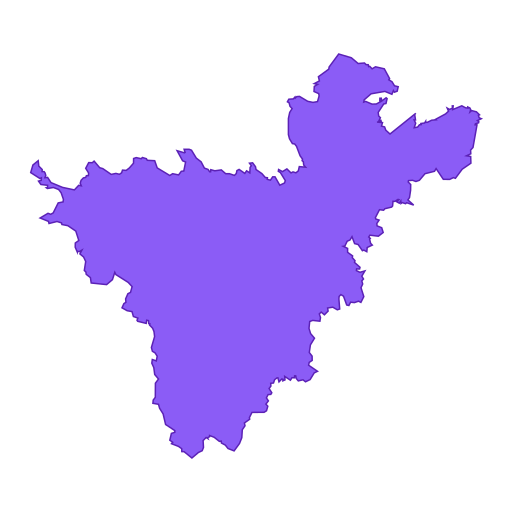 Ayutla, Jalisco, Mexico (Mercator projection)
{"feature_id": "50627088B89309847194921", "entity_name": "Ayutla", "entity_type": "district", "adm_level": 2, "iso_a3": "MEX", "parent_name": "Mexico", "parent_adm1": "Jalisco", "projection": "mercator", "projection_center": [-104.414, 20.041], "detail": "fine", "context": "isolated", "style": "filled", "palette": "violet", "viewbox_px": 512, "rotation_deg": 0, "n_neighbors": 0, "source": "geoboundaries", "source_scale": "gbopen_adm2", "svg_char_len": 6019}
<svg xmlns="http://www.w3.org/2000/svg" viewBox="0 0 512 512"><path d="M329.1,67.0L328.8,69.1L318.4,76.7L319.4,80.9L314.3,83.6L317.6,84.4L314.3,86.4L314.0,91.5L318.7,93.6L319.1,95.9L317.5,101.6L313.0,102.4L307.7,101.3L299.5,96.4L296.8,96.6L295.3,98.0L295.0,97.0L293.3,98.9L288.8,99.2L287.4,101.8L289.1,102.8L290.0,106.3L292.1,108.6L289.7,112.4L288.4,118.5L288.4,134.6L289.5,138.8L292.4,143.6L294.7,144.0L296.5,146.3L300.1,155.8L302.5,159.1L302.1,160.7L303.3,161.6L303.7,165.0L305.6,167.2L299.3,166.6L298.3,170.9L295.9,172.8L293.0,171.9L291.0,172.9L286.9,168.9L282.5,171.6L278.6,169.5L278.3,171.3L280.4,172.6L285.3,180.6L284.5,183.0L279.8,185.2L275.0,176.8L272.7,176.8L270.4,180.2L267.2,179.3L267.4,177.7L265.3,177.5L261.9,173.6L256.0,169.5L255.5,166.7L252.6,162.8L249.5,163.2L251.3,165.7L250.1,167.4L249.8,172.9L246.6,170.8L244.8,173.4L239.1,169.4L236.9,170.6L236.3,173.5L234.4,175.4L229.5,173.7L225.7,173.7L221.3,169.9L214.8,170.8L210.8,169.7L210.6,171.8L209.7,171.8L208.0,169.4L204.4,168.1L201.1,161.8L196.3,158.1L191.5,150.2L189.2,149.3L184.1,149.3L185.1,152.4L184.4,152.8L177.1,150.7L182.6,160.8L185.6,162.0L183.8,171.0L181.3,171.3L178.6,174.9L172.6,173.7L169.8,175.5L157.2,167.9L154.7,160.7L147.3,160.3L146.4,158.7L142.4,157.5L141.2,158.7L136.2,157.6L133.6,158.5L133.5,163.2L129.4,167.9L126.2,170.4L122.5,170.1L121.6,172.8L119.4,174.3L115.9,173.4L111.2,174.4L102.8,168.6L99.7,167.7L94.1,161.1L92.3,162.7L88.7,162.6L85.7,168.3L88.6,173.0L88.4,175.6L86.4,175.7L85.7,177.4L83.4,177.9L81.1,180.3L80.2,183.2L81.3,185.8L78.7,185.3L74.4,189.9L62.6,187.4L51.0,182.6L47.6,177.4L44.9,177.7L45.8,175.4L45.1,173.0L44.1,171.6L42.1,171.6L42.2,169.5L38.8,166.1L38.2,160.7L32.9,165.0L30.7,172.6L39.9,178.5L41.4,177.8L41.2,180.4L38.5,181.1L40.9,184.5L47.6,185.3L47.5,187.6L46.4,187.8L47.4,188.5L53.4,187.5L58.6,189.5L61.1,192.7L63.4,199.3L63.1,201.9L58.2,202.9L53.2,212.9L50.7,214.3L48.0,213.3L40.1,218.0L48.5,221.4L49.0,223.5L57.0,221.5L61.5,222.9L61.9,224.5L67.9,225.7L75.8,231.1L78.8,240.5L75.3,243.0L75.2,247.2L77.3,252.1L77.4,251.2L79.1,251.7L81.9,250.1L79.9,253.9L83.6,257.0L85.7,261.5L84.3,270.5L85.9,272.0L86.2,274.3L90.4,277.6L91.2,283.0L106.6,284.6L112.4,279.7L114.8,272.3L115.9,274.6L128.2,282.4L132.1,286.6L130.5,292.4L127.9,293.7L125.6,298.9L125.9,302.3L123.9,303.6L122.0,307.8L127.1,310.7L132.0,311.6L133.4,316.5L137.9,318.1L137.0,320.3L137.7,321.3L146.2,323.4L146.7,320.2L148.5,320.6L148.7,323.6L149.9,323.9L149.6,325.1L152.6,328.2L154.0,331.6L154.6,336.6L151.4,347.5L152.4,351.3L155.0,352.8L157.2,356.2L156.3,360.9L152.3,359.5L151.8,363.2L153.8,367.6L154.7,374.5L158.5,379.0L155.4,383.2L155.3,397.3L153.2,400.1L152.9,403.3L158.5,404.3L159.6,408.3L163.1,413.9L165.6,424.5L174.8,430.6L174.8,432.3L171.4,433.4L169.8,440.2L172.7,442.3L171.5,443.7L178.5,446.4L181.7,448.7L181.8,451.6L184.1,451.7L191.9,458.0L198.4,452.5L202.2,450.7L203.5,447.4L203.1,440.6L206.1,437.5L207.9,438.6L207.5,437.7L209.6,436.7L209.6,435.5L214.2,437.3L219.4,441.4L221.2,441.1L221.4,443.0L225.3,445.1L228.0,448.5L234.1,450.9L239.5,443.5L241.8,437.7L242.3,429.7L245.0,425.8L244.4,423.0L249.7,419.2L249.4,417.6L252.0,412.4L264.1,412.3L266.5,410.8L267.8,406.2L265.9,404.1L268.4,400.9L266.4,397.9L268.1,394.6L270.8,394.4L271.8,392.8L269.1,388.5L270.9,386.1L270.7,383.3L273.5,383.0L274.6,379.7L276.8,378.0L277.9,377.8L279.0,381.9L281.8,379.0L283.0,379.3L282.9,380.8L285.0,379.9L284.7,376.4L290.4,380.2L292.0,377.7L294.4,377.8L294.6,375.8L295.7,375.8L296.2,378.4L298.3,380.9L303.0,379.8L305.5,381.8L310.1,379.6L314.2,372.9L317.5,371.3L308.6,365.2L309.2,362.4L312.2,360.4L312.1,356.1L309.3,352.5L310.4,344.9L314.5,338.2L310.6,333.6L309.0,328.4L309.7,321.5L312.7,320.4L319.9,321.2L320.5,317.6L319.3,313.9L321.2,312.1L324.4,314.8L328.1,311.1L327.6,308.0L332.8,307.2L337.3,309.8L339.7,309.0L338.9,298.9L339.1,296.4L340.9,294.6L343.5,296.2L346.7,305.0L348.9,305.5L350.6,302.2L354.4,302.6L358.5,301.2L360.9,302.4L363.8,296.6L361.0,287.7L362.7,284.0L361.8,280.9L363.5,279.0L361.8,276.2L364.9,270.9L359.9,272.3L356.4,270.6L356.6,268.9L359.6,269.0L360.0,267.3L354.5,262.4L355.0,260.7L352.3,257.7L352.6,255.9L347.6,252.3L347.6,248.4L343.3,246.3L344.9,246.0L347.2,241.2L350.0,240.0L352.0,236.7L354.6,243.6L358.1,244.5L362.4,250.7L363.8,250.1L366.8,251.7L367.2,247.5L372.3,245.1L370.6,243.3L369.6,239.1L370.3,238.4L368.7,237.0L369.9,235.2L378.4,236.2L383.2,232.5L381.7,227.7L377.1,225.9L376.8,223.5L379.1,220.1L375.8,219.0L375.4,217.6L379.5,209.7L383.6,210.2L384.9,208.7L391.6,207.1L392.6,206.0L393.0,201.3L394.8,201.4L398.0,199.4L398.9,199.6L396.8,201.8L399.3,203.2L400.8,201.0L401.0,203.5L402.2,202.6L405.6,203.7L406.6,202.7L413.7,205.1L407.9,199.9L409.5,197.6L410.6,190.2L410.7,184.5L408.2,182.0L408.5,180.6L412.6,180.3L415.9,181.5L419.4,180.3L425.0,173.7L434.5,171.3L436.1,168.6L443.3,179.3L449.7,179.4L453.4,177.6L455.4,178.3L462.2,169.2L470.9,163.2L470.7,156.5L466.5,155.8L470.8,153.8L470.6,150.1L473.0,147.5L477.0,124.9L475.1,124.8L475.4,123.8L478.6,122.8L478.8,121.6L477.4,120.6L481.3,118.7L479.1,117.7L478.4,115.3L479.5,114.8L476.4,111.8L471.7,110.6L470.0,112.0L470.7,109.7L469.9,108.0L467.8,107.0L467.9,108.1L465.6,107.8L461.8,105.8L452.7,109.6L453.2,105.9L452.3,105.9L452.4,108.2L449.5,109.4L447.2,108.1L448.5,111.2L445.6,113.9L435.6,119.3L436.1,119.8L431.7,120.2L427.4,122.3L425.6,122.3L425.6,121.4L424.6,123.0L420.9,123.5L421.2,124.6L419.4,124.8L417.6,127.1L414.2,127.7L415.7,123.2L414.1,119.9L415.5,119.9L414.7,114.5L415.8,113.3L390.0,134.0L385.8,130.2L384.6,126.9L381.5,126.1L382.5,122.6L377.0,122.1L381.2,121.5L380.9,120.3L379.1,120.4L380.4,117.7L378.7,116.0L378.2,112.4L383.7,104.0L386.0,103.5L387.1,98.6L386.1,97.8L381.6,101.0L381.3,98.2L379.9,98.2L379.8,100.8L381.1,101.4L376.3,104.0L372.0,104.1L365.6,101.4L363.7,102.1L364.2,99.8L371.1,93.8L384.9,91.4L391.9,94.3L393.4,90.6L394.4,92.2L397.2,91.2L398.2,86.7L394.5,85.8L392.0,81.7L388.8,79.8L389.6,78.6L384.3,68.8L375.5,66.8L372.1,68.8L369.7,66.3L368.6,66.6L368.2,64.7L366.0,64.6L364.5,63.0L358.1,63.5L351.4,57.8L338.7,54.0L329.1,67.0Z" fill="#8b5cf6" stroke="#5b21b6" stroke-width="1.5"/></svg>